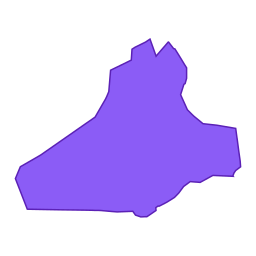 the district of Al Wazi'yah, Ta`izz, Yemen
{"feature_id": "15242507B35226342487044", "entity_name": "Al Wazi'yah", "entity_type": "district", "adm_level": 2, "iso_a3": "YEM", "parent_name": "Yemen", "parent_adm1": "Ta`izz", "projection": "orthographic", "projection_center": [43.764, 13.18], "detail": "fine", "context": "isolated", "style": "filled", "palette": "violet", "viewbox_px": 256, "rotation_deg": 0, "n_neighbors": 0, "source": "geoboundaries", "source_scale": "gbopen_adm2", "svg_char_len": 1145}
<svg xmlns="http://www.w3.org/2000/svg" viewBox="0 0 256 256"><path d="M40.7,155.0L33.3,159.3L20.4,166.7L19.9,167.8L15.4,178.6L21.6,194.5L27.3,209.2L37.8,209.4L60.3,209.8L75.4,210.0L82.0,210.1L83.2,210.1L93.1,210.3L94.7,210.4L96.7,210.4L98.5,210.4L100.6,210.5L100.8,210.5L111.9,211.5L117.1,211.9L132.8,211.3L135.5,215.1L140.8,216.9L145.2,216.7L146.9,216.7L148.7,215.5L156.0,210.5L155.8,207.6L158.0,206.1L159.3,206.1L165.5,202.9L167.0,202.1L174.5,197.4L178.7,193.1L183.6,186.5L190.2,181.6L195.0,182.0L196.9,182.1L200.1,182.4L212.9,175.4L214.9,175.5L228.6,176.1L231.0,176.2L232.9,176.3L232.8,176.2L234.0,173.0L235.7,170.5L240.6,166.8L240.2,161.3L240.0,159.8L238.8,151.4L237.5,141.5L237.2,139.2L236.9,137.3L235.7,128.4L216.8,125.2L203.0,123.7L194.0,116.3L192.1,114.5L187.4,109.8L186.5,107.8L180.6,94.7L183.9,84.3L185.1,83.6L186.6,78.3L186.6,67.8L184.5,64.5L182.7,61.5L178.6,54.8L174.9,48.9L173.6,48.6L172.9,47.7L168.6,42.1L168.2,42.1L157.9,54.0L156.1,56.2L150.0,39.1L149.7,39.3L145.5,42.1L135.1,47.2L132.0,49.2L131.3,60.1L110.6,70.2L108.8,91.6L106.8,96.4L105.5,99.1L95.1,117.1L40.7,155.0Z" fill="#8b5cf6" stroke="#5b21b6" stroke-width="1.5"/></svg>